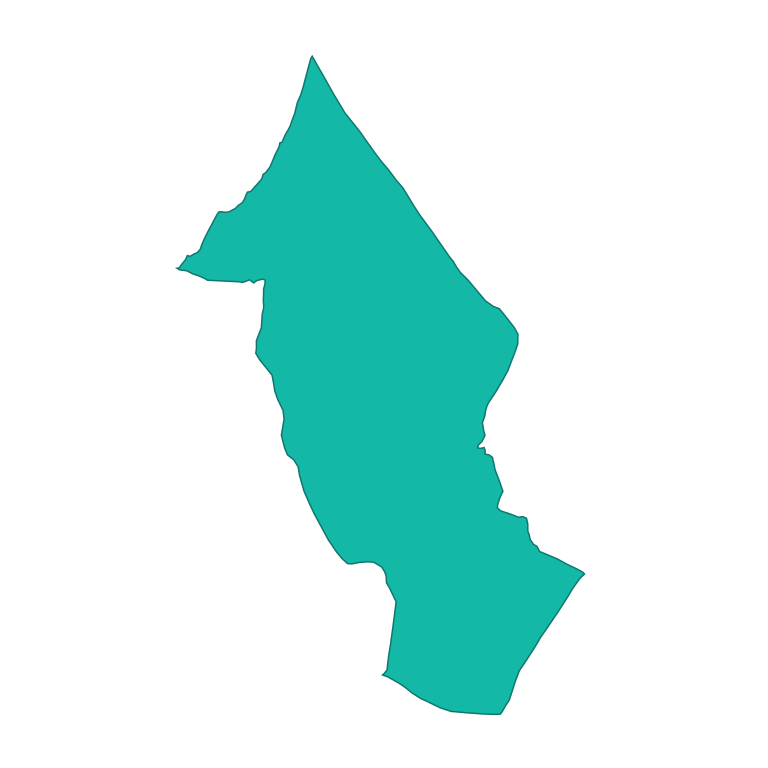 Barclayville, Grand Kru, Liberia, rotated 95°
{"feature_id": "62588387B34130334496008", "entity_name": "Barclayville", "entity_type": "district", "adm_level": 2, "iso_a3": "LBR", "parent_name": "Liberia", "parent_adm1": "Grand Kru", "projection": "mercator", "projection_center": [-8.19, 4.713], "detail": "fine", "context": "isolated", "style": "filled", "palette": "teal", "viewbox_px": 768, "rotation_deg": 95, "n_neighbors": 0, "source": "geoboundaries", "source_scale": "gbopen_adm2", "svg_char_len": 3125}
<svg xmlns="http://www.w3.org/2000/svg" viewBox="0 0 768 768"><g transform="rotate(95 384 384)"><path d="M63.7,484.1L66.1,485.3L77.3,487.3L84.0,488.5L94.2,490.2L103.1,492.1L110.9,494.8L121.6,496.4L128.5,498.3L135.2,500.0L140.4,502.2L144.1,504.0L148.9,505.6L151.4,506.4L152.1,506.6L152.8,508.7L156.8,509.2L165.2,512.5L172.0,514.6L177.7,516.5L183.6,520.1L185.7,522.7L186.3,522.8L190.5,523.7L194.5,526.6L198.7,529.8L202.9,532.8L204.2,534.5L204.7,536.7L207.6,537.9L212.1,539.1L216.0,541.2L218.4,544.3L222.2,547.5L223.9,550.3L226.2,553.8L226.8,557.6L226.7,559.4L226.5,561.4L227.0,563.5L229.1,564.8L233.3,566.7L240.6,569.7L245.4,571.8L253.3,575.0L260.5,577.5L265.9,578.8L269.3,581.4L271.2,584.8L273.7,588.3L273.2,591.1L277.4,592.5L282.4,596.0L286.2,598.1L286.7,600.3L288.1,597.6L288.4,590.2L290.8,584.6L291.4,582.1L292.4,577.9L294.4,572.0L296.0,568.9L294.8,537.9L294.9,536.2L295.1,533.7L293.7,530.5L291.9,527.1L294.6,522.7L291.9,519.5L290.1,513.9L290.9,511.4L294.7,511.3L299.8,512.2L305.1,511.8L311.5,511.5L317.7,510.5L321.2,510.8L325.1,511.4L332.0,511.2L338.7,511.1L347.0,513.5L351.9,514.9L359.2,514.2L362.6,514.3L364.6,514.4L370.9,509.8L379.3,501.7L385.0,496.3L393.1,494.0L400.4,492.2L408.3,488.7L419.1,482.3L427.6,480.5L437.2,481.2L443.9,481.8L444.6,481.5L449.4,479.9L456.4,477.4L463.0,474.0L463.9,472.6L467.5,467.2L474.1,462.2L482.4,460.2L498.0,454.2L504.9,450.4L510.1,447.6L519.5,442.1L543.9,426.0L555.3,416.8L558.9,413.2L561.4,410.8L566.1,404.7L566.0,400.3L564.1,393.8L562.6,385.3L562.4,378.9L566.0,371.3L566.4,370.5L571.1,366.9L575.1,365.1L581.8,364.2L587.1,360.5L595.9,355.3L599.9,352.9L626.5,354.0L638.0,354.6L641.4,354.7L653.7,355.6L664.5,356.0L668.3,355.9L672.3,358.5L674.0,360.1L675.4,354.8L679.8,345.0L680.2,344.0L684.3,336.6L689.2,329.4L694.2,319.8L695.6,315.8L698.3,308.6L701.8,299.4L704.3,288.7L704.3,286.1L704.3,270.8L704.1,257.5L703.6,246.4L703.1,242.0L702.7,239.2L701.9,238.8L699.5,237.4L694.5,235.2L688.1,231.7L680.4,229.9L674.5,228.6L668.9,227.3L660.0,224.8L657.8,224.2L648.5,219.0L634.7,211.7L628.1,208.4L622.7,205.9L611.0,199.2L596.1,190.9L581.1,183.0L577.3,181.1L571.4,178.3L560.3,171.7L555.9,167.7L554.4,169.2L551.6,175.3L547.7,185.8L543.0,196.5L537.3,214.4L532.4,217.5L530.8,221.0L526.4,224.7L521.4,226.3L518.1,227.9L510.8,228.6L505.3,230.4L504.1,234.1L505.0,238.5L502.8,245.8L500.2,256.8L497.3,260.4L493.5,260.1L487.4,258.7L480.6,256.2L471.2,260.3L466.7,262.5L460.0,265.8L453.6,267.7L447.7,269.6L445.5,273.1L445.0,277.3L441.7,277.3L438.6,278.8L439.8,282.4L439.5,285.2L436.5,284.6L432.7,281.4L426.4,278.9L422.1,280.5L413.9,282.6L412.1,282.1L407.2,280.8L401.0,280.4L397.1,279.5L393.9,278.4L381.8,271.8L369.0,265.7L359.7,261.7L350.5,259.1L339.8,256.0L332.5,254.3L322.9,254.9L322.2,255.3L316.6,259.0L308.9,266.1L299.0,275.6L297.1,282.1L292.3,290.2L281.7,300.8L273.2,309.3L266.0,317.9L260.7,322.3L255.7,325.8L251.9,329.6L243.7,336.4L227.2,350.1L221.0,355.6L212.3,363.3L206.8,367.6L203.9,369.8L187.2,382.1L180.3,389.2L170.3,398.1L164.9,403.6L161.1,407.3L154.8,413.0L142.6,423.4L134.6,430.1L117.3,446.6L98.7,460.1L84.7,469.6L71.6,478.7L63.7,484.1Z" fill="#14b8a6" stroke="#0f766e" stroke-width="1.5"/></g></svg>